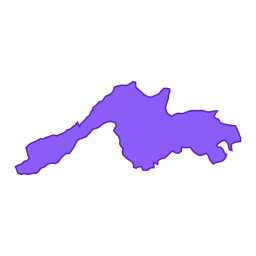 São Vicente, São Paulo, Brazil (orthographic projection)
{"feature_id": "56859067B44693730351298", "entity_name": "São Vicente", "entity_type": "district", "adm_level": 2, "iso_a3": "BRA", "parent_name": "Brazil", "parent_adm1": "São Paulo", "projection": "orthographic", "projection_center": [-46.493, -23.955], "detail": "fine", "context": "isolated", "style": "filled", "palette": "violet", "viewbox_px": 256, "rotation_deg": 0, "n_neighbors": 0, "source": "geoboundaries", "source_scale": "gbopen_adm2", "svg_char_len": 2483}
<svg xmlns="http://www.w3.org/2000/svg" viewBox="0 0 256 256"><path d="M132.8,81.7L130.2,83.6L126.9,85.4L124.1,85.4L120.8,85.3L117.9,86.0L114.5,87.1L113.4,90.7L111.3,93.5L108.1,95.4L105.6,96.3L103.9,98.7L102.1,101.5L99.3,101.7L95.8,105.6L93.5,107.2L92.5,109.9L90.7,112.4L89.6,115.4L86.7,117.4L84.3,120.7L81.0,123.6L79.4,126.4L77.4,122.3L75.3,125.2L72.4,127.0L70.4,129.1L67.4,129.8L64.7,132.3L62.1,133.7L59.4,134.6L57.2,135.9L53.6,135.1L50.1,136.2L47.9,137.1L45.7,137.5L43.7,139.2L40.3,138.7L37.6,140.5L34.4,142.0L31.5,143.1L28.4,145.2L26.0,147.5L27.2,151.5L28.0,155.5L29.5,158.5L26.5,160.9L23.9,161.4L22.1,163.9L19.6,164.6L15.4,166.6L18.1,173.3L21.2,174.3L24.3,173.6L26.5,174.1L29.3,174.2L33.2,173.2L36.2,173.2L38.2,171.8L40.7,168.3L44.4,166.9L47.4,164.4L51.6,162.9L55.5,163.5L58.3,161.9L60.3,159.0L62.2,156.6L66.1,153.6L69.5,153.4L71.9,149.9L73.6,147.5L75.4,144.0L77.2,140.5L79.8,138.9L82.5,138.0L86.1,136.7L88.8,133.8L93.1,129.1L95.7,128.4L98.8,127.3L101.1,125.2L103.6,123.5L107.2,121.8L110.9,121.5L114.9,122.5L116.6,125.8L114.8,128.2L113.6,130.7L116.1,133.8L118.9,136.5L120.0,140.6L119.8,144.0L121.0,146.3L123.2,148.7L122.3,152.1L123.2,154.9L126.2,157.9L132.5,162.4L133.6,164.8L133.6,167.3L136.0,168.2L138.2,167.0L141.2,166.6L143.0,170.1L147.2,170.2L151.0,167.7L154.0,167.7L153.6,162.7L157.7,164.2L157.5,160.9L160.0,159.3L162.2,158.4L164.6,158.0L167.4,155.6L170.1,152.9L172.3,151.0L175.7,152.9L178.9,153.1L181.2,151.2L181.8,147.3L186.4,147.6L190.1,147.3L192.0,149.8L194.4,152.4L197.5,154.5L199.8,155.4L202.8,154.9L206.4,153.2L208.0,155.2L208.9,157.5L210.4,160.6L213.1,163.9L215.3,162.8L218.3,162.0L221.2,161.3L223.8,159.9L225.7,157.2L226.5,154.4L224.4,153.0L223.2,149.9L221.0,147.4L218.0,147.1L216.3,145.4L218.7,143.2L221.6,141.0L225.1,140.3L227.6,143.0L228.6,146.2L229.3,149.5L231.8,150.6L231.5,147.8L231.2,144.7L232.9,143.2L235.2,142.3L237.5,141.8L240.6,141.4L240.5,137.9L239.0,134.1L238.0,131.4L235.4,125.9L232.6,125.6L229.2,125.1L226.7,124.6L223.1,123.9L220.3,122.5L218.5,119.4L215.6,118.2L213.9,116.5L215.0,114.4L217.3,111.0L214.3,111.0L209.6,112.0L206.8,111.9L202.6,110.5L198.8,110.6L193.4,110.6L188.8,111.2L183.9,113.3L181.4,113.6L179.1,113.4L176.8,113.5L174.5,114.6L171.4,116.4L167.1,113.2L165.5,108.4L165.9,105.4L168.2,98.5L168.6,94.7L169.7,92.1L169.9,89.2L166.9,88.4L163.8,88.4L161.1,91.2L158.7,94.1L156.2,95.1L153.6,96.1L151.6,97.2L148.3,96.9L144.2,94.8L141.2,91.8L137.9,89.1L135.7,86.9L135.6,82.3L132.8,81.7Z" fill="#8b5cf6" stroke="#5b21b6" stroke-width="1.5"/></svg>